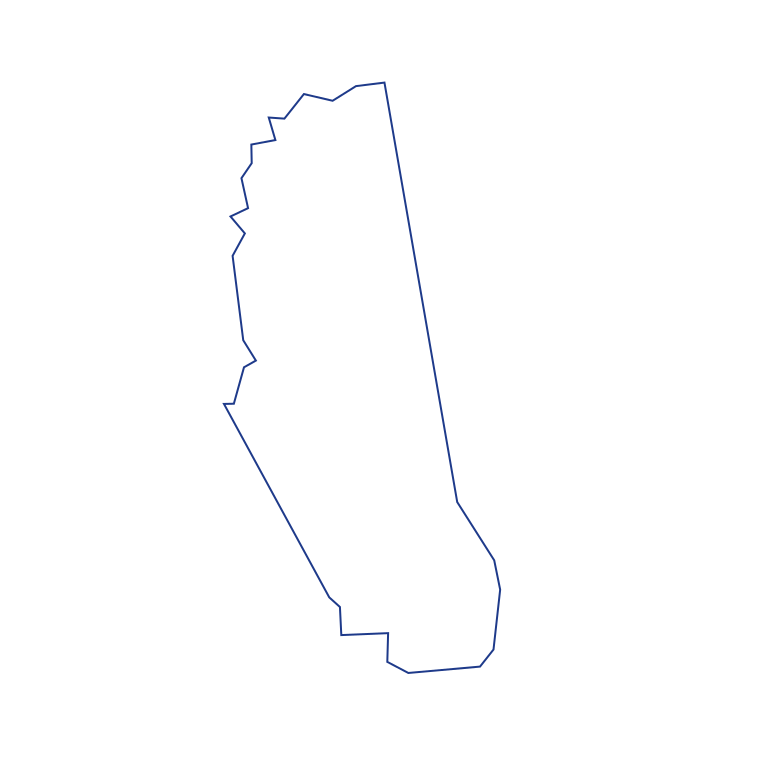 Cumberland, Virginia, United States of America, rotated 140°
{"feature_id": "52423323B14304412427798", "entity_name": "Cumberland", "entity_type": "district", "adm_level": 2, "iso_a3": "USA", "parent_name": "United States of America", "parent_adm1": "Virginia", "projection": "orthographic", "projection_center": [-78.246, 37.525], "detail": "fine", "context": "isolated", "style": "outline", "palette": "blue", "viewbox_px": 768, "rotation_deg": 140, "n_neighbors": 0, "source": "geoboundaries", "source_scale": "gbopen_adm2", "svg_char_len": 538}
<svg xmlns="http://www.w3.org/2000/svg" viewBox="0 0 768 768"><g transform="rotate(140 384 384)"><path d="M189.9,614.6L214.0,630.2L241.3,634.0L259.0,657.6L289.7,651.3L301.0,662.2L310.4,640.7L331.7,652.7L343.4,638.2L360.9,633.3L375.1,606.1L393.9,611.0L393.8,588.8L417.6,579.5L463.7,508.0L467.1,484.3L480.5,486.8L511.7,465.4L519.4,471.6L563.1,255.7L561.1,241.5L578.1,219.1L541.0,190.5L560.1,169.0L551.1,147.0L492.1,105.8L470.8,110.2L427.2,151.8L412.9,178.1L403.8,246.5L189.9,614.6Z" fill="none" stroke="#1e3a8a" stroke-width="2"/></g></svg>